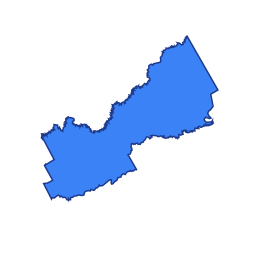 San Justo, Santa Fe, Argentina (Albers equal-area conic projection), rotated 50°
{"feature_id": "61730980B61800814165729", "entity_name": "San Justo", "entity_type": "district", "adm_level": 2, "iso_a3": "ARG", "parent_name": "Argentina", "parent_adm1": "Santa Fe", "projection": "albers", "projection_center": [-60.381, -30.562], "detail": "fine", "context": "isolated", "style": "filled", "palette": "blue", "viewbox_px": 256, "rotation_deg": 50, "n_neighbors": 0, "source": "geoboundaries", "source_scale": "gbopen_adm2", "svg_char_len": 5850}
<svg xmlns="http://www.w3.org/2000/svg" viewBox="0 0 256 256"><g transform="rotate(50 128 128)"><path d="M83.0,200.2L104.7,204.9L103.3,214.4L102.7,214.3L103.0,216.1L119.6,219.3L118.4,225.2L116.3,228.3L133.3,232.3L132.6,230.8L134.2,229.6L134.4,224.9L135.3,224.2L137.2,224.4L137.3,222.8L139.5,222.5L140.2,221.1L141.3,220.5L143.7,220.9L144.5,220.3L144.0,219.1L144.8,219.5L144.6,219.2L145.5,218.9L146.0,218.1L144.3,216.6L145.5,214.9L145.6,212.8L147.0,210.8L147.6,208.7L149.7,207.2L151.0,204.9L149.4,202.7L149.3,200.8L150.7,198.5L152.0,197.3L151.2,195.9L153.8,194.3L154.0,193.4L153.3,191.6L154.0,190.1L153.9,188.3L153.3,186.7L154.4,186.7L155.8,184.4L155.9,175.4L157.0,174.1L159.5,176.4L160.6,176.5L161.0,175.2L160.5,172.6L161.0,170.3L159.6,167.7L161.0,165.0L160.0,163.2L159.9,161.2L161.8,160.1L161.0,156.8L162.5,154.0L162.1,153.5L163.7,152.9L163.8,151.7L164.4,151.4L164.2,149.8L165.0,148.6L165.9,148.3L148.5,145.2L149.3,142.9L148.0,140.7L147.2,140.2L147.6,139.3L146.1,138.2L144.6,138.0L142.4,135.6L142.6,134.7L143.9,134.4L143.7,133.7L145.0,133.1L144.8,132.1L145.7,130.6L146.8,130.8L148.4,129.1L147.7,127.9L148.6,125.4L148.1,125.1L147.9,122.2L146.8,119.7L147.3,118.9L148.9,118.0L150.2,118.2L150.5,117.5L150.0,116.6L150.3,115.4L148.6,115.5L149.4,114.0L152.3,111.1L154.0,110.5L155.4,107.6L157.4,107.3L156.7,106.5L157.1,105.5L158.8,106.5L160.0,105.8L161.1,103.5L161.8,103.8L161.0,102.8L161.5,102.5L161.4,100.7L162.0,100.3L162.5,100.8L163.1,99.7L163.6,99.8L163.4,99.1L164.2,97.9L165.9,97.9L166.4,96.7L166.7,97.2L166.9,96.7L167.9,96.9L167.9,95.0L165.7,93.3L167.3,92.2L168.4,89.1L167.7,90.0L165.8,89.2L165.3,88.6L166.9,87.7L165.7,87.8L165.5,87.2L166.6,85.3L167.9,85.6L167.7,86.3L168.6,86.3L169.1,85.9L168.5,85.0L169.8,85.3L170.4,84.6L171.0,83.2L170.3,82.4L170.4,81.7L171.5,81.6L171.1,81.0L171.4,80.4L172.3,80.9L172.3,79.0L173.2,78.7L171.2,76.8L173.4,74.8L173.0,74.2L172.5,74.7L172.4,74.1L173.0,73.9L172.2,73.7L172.2,73.1L172.8,71.9L173.4,72.2L174.5,71.5L175.2,68.9L174.6,67.8L175.6,67.6L175.3,66.6L175.8,67.0L175.7,66.4L176.1,66.7L175.9,66.3L177.1,66.1L177.0,64.7L177.7,64.6L177.4,64.3L178.4,63.5L177.9,63.1L179.0,61.9L178.6,61.3L179.0,61.1L178.3,60.6L179.0,59.5L177.9,59.1L177.8,59.7L176.5,58.5L177.0,60.1L174.1,64.3L171.2,64.6L170.2,64.0L169.8,61.5L173.2,59.5L173.7,58.0L171.1,58.2L168.0,57.6L166.9,55.3L167.1,53.1L166.1,48.9L155.3,42.9L156.7,34.7L95.6,23.7L95.4,24.8L96.4,25.3L96.0,26.3L96.8,26.4L96.7,28.0L97.5,28.2L97.5,28.7L98.1,28.5L98.8,29.4L97.9,30.0L97.8,31.3L99.4,32.0L98.7,33.7L96.4,33.9L94.7,35.2L95.8,35.1L95.5,36.4L96.1,37.6L95.9,39.6L95.4,40.4L94.9,40.1L95.3,41.4L94.5,42.7L94.0,42.6L94.3,42.0L93.9,41.4L93.1,41.8L93.5,44.1L92.8,44.7L93.4,45.5L91.3,47.4L92.1,48.0L91.9,48.8L92.3,49.6L91.3,50.9L92.0,51.9L91.7,52.7L93.1,52.3L92.8,53.3L94.5,55.4L94.8,57.8L97.7,59.8L98.3,61.1L95.2,67.2L95.8,68.5L94.0,69.2L93.6,71.8L95.4,73.5L96.1,75.0L96.0,75.9L98.3,76.1L98.0,77.4L98.7,77.8L98.9,78.8L100.6,78.6L100.3,79.6L101.2,80.4L103.5,79.4L104.5,79.6L105.7,80.8L105.8,81.5L104.9,81.7L105.6,83.7L106.7,84.3L105.9,85.2L106.8,86.1L104.6,86.7L105.1,90.2L105.8,90.6L104.8,91.0L105.5,92.9L104.8,93.2L104.0,92.4L102.9,93.4L102.4,92.9L102.6,94.0L101.4,94.5L101.4,95.9L102.9,95.9L101.9,97.0L101.8,97.7L102.4,97.8L101.2,97.8L101.0,98.8L101.5,99.3L102.9,99.0L101.3,100.5L102.1,101.4L102.5,100.4L103.2,100.3L105.2,101.8L103.3,102.1L103.4,103.2L104.8,103.3L104.4,104.1L105.0,104.9L103.6,105.9L106.0,106.5L105.5,107.2L104.3,106.9L104.7,108.0L105.7,108.3L105.3,110.2L106.1,110.5L105.0,111.6L106.2,114.0L107.2,114.1L107.2,114.8L105.4,114.1L105.6,115.0L104.9,115.5L104.7,116.7L105.9,118.2L104.7,118.1L104.8,119.8L103.4,118.5L102.3,119.3L102.2,120.3L100.7,119.6L100.7,120.8L102.1,121.2L102.0,122.0L100.7,122.5L101.3,124.1L100.1,125.1L101.6,125.3L101.5,125.9L102.1,125.7L102.4,126.6L102.6,125.6L104.1,126.2L103.4,126.8L104.2,127.2L104.0,128.1L105.1,128.6L103.6,128.8L103.6,129.5L105.0,129.5L105.1,130.7L106.0,130.0L105.7,131.3L107.1,130.9L107.1,131.6L106.1,131.9L107.6,132.3L106.9,133.2L108.5,133.2L108.7,134.7L109.3,134.3L109.1,133.5L109.9,133.2L109.8,134.7L110.4,135.1L110.4,135.7L110.0,136.1L109.2,135.7L109.4,136.8L108.7,137.1L110.1,137.6L109.2,139.4L111.3,139.6L109.4,140.5L109.9,142.3L110.7,141.7L111.2,142.6L112.2,142.2L112.1,143.4L110.7,143.3L110.5,143.9L111.9,144.0L112.0,144.9L113.0,144.3L113.0,145.6L113.4,144.8L113.8,145.2L112.6,145.9L113.6,146.5L112.5,146.7L113.1,147.8L112.3,148.2L113.5,148.6L112.3,149.3L112.6,150.1L111.7,150.1L111.4,150.7L111.6,151.7L112.8,152.3L111.9,153.1L111.7,152.5L110.9,152.7L111.0,153.8L108.9,155.2L109.7,156.1L108.6,156.4L109.9,157.1L109.4,157.7L107.3,158.6L107.0,158.1L106.2,158.9L105.9,157.7L104.6,157.7L105.0,156.8L104.0,157.9L102.6,157.3L102.1,157.9L101.7,157.3L101.3,157.5L101.8,158.6L100.5,158.6L100.4,159.5L99.9,158.9L100.3,158.5L100.2,157.8L98.6,157.8L98.6,158.7L97.5,158.6L96.3,160.7L95.3,161.2L97.3,161.8L95.6,162.5L96.3,164.0L95.0,163.1L94.4,164.2L94.6,165.0L93.2,165.5L92.6,165.1L91.9,165.8L92.5,166.6L91.6,166.4L90.5,167.5L89.7,166.6L88.9,167.6L87.3,166.2L87.7,165.1L87.4,164.1L85.8,163.5L83.1,165.3L82.3,166.5L81.4,166.5L81.5,167.2L81.0,167.1L80.9,168.5L81.5,168.4L81.8,169.1L80.4,170.1L81.8,169.5L82.0,170.6L82.9,171.2L82.7,172.1L84.5,171.8L83.6,173.3L84.7,173.1L84.8,173.9L85.5,174.3L84.4,174.8L84.9,175.2L85.8,174.7L86.3,175.3L86.1,177.2L87.5,178.8L87.4,179.8L88.4,180.2L86.8,181.1L84.7,180.2L84.3,181.2L83.5,180.4L83.7,181.7L83.3,181.8L80.5,180.1L77.8,182.5L79.1,183.2L79.7,185.2L82.2,185.3L81.9,186.9L81.0,186.8L81.5,187.5L80.2,187.9L80.9,188.8L80.4,190.0L81.0,190.1L80.3,190.6L81.6,191.0L80.2,191.8L80.1,192.9L80.7,192.4L81.0,193.7L80.5,194.4L81.6,195.1L79.9,195.1L80.7,195.6L80.6,196.7L79.3,195.8L79.0,196.7L79.8,197.1L79.2,198.0L77.9,196.8L77.0,198.0L77.9,198.2L79.4,200.0L79.5,199.3L80.3,199.3L80.5,200.5L81.2,200.3L81.2,199.8L82.1,200.8L83.0,200.2Z" fill="#3b82f6" stroke="#1e3a8a" stroke-width="1.5"/></g></svg>